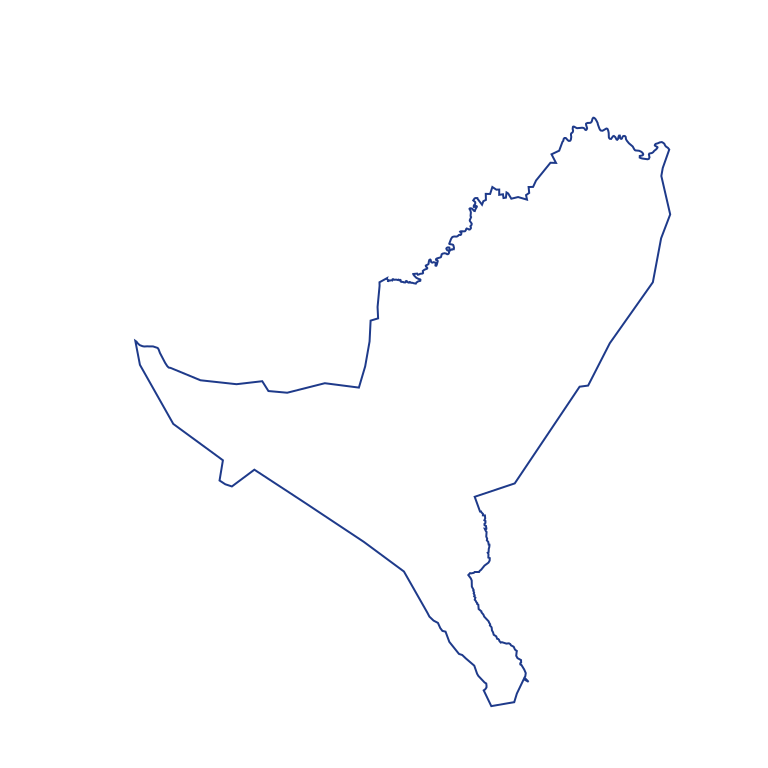 Concepción Buenavista, Puebla, Mexico, rotated 10°
{"feature_id": "50627088B88871984884720", "entity_name": "Concepción Buenavista", "entity_type": "district", "adm_level": 2, "iso_a3": "MEX", "parent_name": "Mexico", "parent_adm1": "Puebla", "projection": "orthographic", "projection_center": [-97.427, 17.984], "detail": "fine", "context": "isolated", "style": "outline", "palette": "blue", "viewbox_px": 768, "rotation_deg": 10, "n_neighbors": 0, "source": "geoboundaries", "source_scale": "gbopen_adm2", "svg_char_len": 6117}
<svg xmlns="http://www.w3.org/2000/svg" viewBox="0 0 768 768"><g transform="rotate(10 384 384)"><path d="M252.0,511.3L271.2,490.9L325.1,514.0L391.6,543.0L436.2,565.2L466.5,601.8L469.1,605.2L473.9,608.4L478.6,609.9L481.8,614.6L484.4,617.0L487.6,617.2L493.1,626.6L504.7,636.8L508.1,637.3L512.0,639.9L521.8,645.7L526.0,653.2L527.6,655.1L534.9,660.5L536.7,661.2L537.4,663.5L537.6,665.1L536.7,667.1L535.4,668.4L545.6,682.6L567.5,674.7L568.6,665.8L572.9,650.4L578.1,652.2L573.3,648.8L573.9,647.2L573.8,644.1L571.7,640.9L568.1,636.8L567.2,636.7L566.8,636.2L566.7,635.3L567.4,634.5L566.9,632.1L563.1,630.8L561.4,628.7L561.1,624.3L561.2,623.9L559.1,622.8L557.3,620.2L554.4,619.3L553.5,618.2L552.0,617.7L549.6,618.4L544.9,617.8L543.9,618.4L542.4,617.2L541.7,616.0L540.8,615.3L539.7,615.3L538.3,613.0L535.6,611.9L534.5,609.6L533.1,607.9L532.4,605.4L531.8,604.5L530.2,603.4L530.3,602.2L528.8,600.6L528.3,599.6L523.1,595.7L521.9,593.8L519.7,592.0L519.4,591.0L516.3,589.2L515.2,585.0L513.8,584.3L513.8,583.5L512.6,582.6L511.9,581.5L510.8,580.7L511.1,578.5L509.6,577.4L510.0,576.3L508.7,574.7L509.0,573.9L507.8,572.0L508.1,571.4L505.7,568.3L504.5,562.3L503.3,560.4L500.2,557.5L501.6,555.3L502.6,555.4L505.2,554.4L505.9,553.4L510.3,552.6L510.7,551.4L511.9,550.1L514.5,545.4L517.9,541.8L518.7,539.6L518.4,537.1L516.9,536.8L516.4,533.3L515.4,532.2L516.2,531.4L515.8,528.2L516.0,526.4L515.9,524.7L515.7,523.9L515.0,524.0L514.0,521.3L512.4,520.1L512.5,518.5L511.2,516.5L510.7,511.9L509.8,511.1L508.3,509.0L509.9,508.9L509.9,508.4L509.0,506.0L507.6,505.7L507.2,504.4L508.0,503.2L507.7,501.3L506.5,500.8L507.0,498.8L506.2,495.9L504.2,496.2L504.0,494.7L502.1,493.4L501.7,492.7L500.7,492.9L492.9,479.3L530.0,459.2L577.1,352.7L585.3,350.1L599.3,304.6L631.1,237.1L631.6,192.4L636.4,167.3L621.0,131.0L621.0,122.9L624.2,103.6L622.7,102.2L620.3,101.1L619.2,100.0L618.4,98.8L617.3,98.1L615.6,97.5L613.6,98.2L612.0,99.3L609.8,100.4L609.3,101.3L609.2,101.9L609.4,102.2L612.1,103.2L612.3,103.7L611.4,105.5L609.6,107.5L608.8,109.0L607.7,110.0L605.3,111.0L605.0,111.9L605.2,112.4L606.1,114.7L605.7,116.3L604.6,116.9L599.2,117.1L597.5,116.9L596.5,116.6L596.3,115.0L598.6,114.1L599.2,113.6L599.4,112.7L598.9,111.9L597.6,110.9L596.4,110.4L594.6,110.0L591.1,110.3L590.5,110.1L589.6,109.3L587.7,106.9L583.4,104.4L581.0,102.3L579.8,100.9L579.1,98.7L578.4,98.1L577.3,98.0L576.4,98.5L575.9,99.5L575.7,100.9L575.1,101.4L574.5,101.3L573.8,100.7L573.1,98.4L572.4,98.5L572.1,99.2L571.9,102.0L571.3,103.0L570.6,102.9L568.9,100.7L567.3,99.8L566.4,100.4L565.1,103.2L563.8,103.3L563.1,102.8L562.6,102.0L561.7,97.8L560.8,95.5L559.7,93.9L558.6,93.8L555.7,96.3L555.0,96.7L553.4,96.7L552.7,96.2L551.8,95.1L549.6,91.3L549.0,89.8L547.6,87.9L546.0,86.1L544.7,85.4L543.9,85.4L543.3,86.4L543.0,89.5L542.3,90.6L541.7,91.0L539.0,91.6L537.8,92.5L538.0,93.7L539.6,96.8L539.4,98.1L538.8,98.8L538.1,98.7L537.1,97.7L536.2,97.2L534.7,97.2L529.9,98.5L529.3,98.5L526.3,97.5L525.6,97.7L525.4,98.0L525.5,100.1L526.2,101.6L526.2,102.7L526.0,103.4L524.8,104.8L524.8,106.0L525.5,108.1L525.6,110.4L525.3,111.8L524.8,112.3L523.8,112.5L522.8,112.1L520.3,110.2L519.0,110.4L518.4,111.4L518.3,113.5L517.7,114.5L516.0,123.8L509.1,128.7L515.0,136.4L509.5,137.2L498.4,157.2L496.6,164.0L492.2,164.9L493.8,170.6L491.1,173.3L492.8,177.6L483.6,176.6L477.2,179.4L473.2,174.8L471.4,174.1L471.7,179.3L469.4,180.1L468.2,176.5L464.6,177.7L463.7,172.5L460.9,173.1L456.5,171.2L455.5,178.4L451.2,179.1L452.4,185.0L450.1,186.7L449.4,190.4L444.0,185.4L443.7,184.7L442.1,184.9L441.0,185.5L440.0,187.7L442.2,189.0L442.5,190.0L442.5,190.7L441.5,192.6L441.6,193.9L441.8,194.1L442.5,193.8L442.7,193.3L443.4,192.6L444.5,192.9L444.7,193.3L443.6,196.4L443.4,197.9L442.7,197.9L440.4,196.1L439.5,195.9L438.3,196.0L437.8,196.5L438.1,197.3L438.9,197.9L439.8,200.1L440.0,203.0L440.2,203.8L440.8,204.5L440.0,207.8L440.3,208.6L442.5,210.8L442.6,211.4L442.4,212.6L441.7,213.6L442.4,214.8L442.5,215.7L441.6,217.0L440.7,217.1L439.8,216.7L438.4,216.5L438.1,216.9L437.8,218.5L437.3,219.4L436.6,219.7L433.4,220.2L432.7,220.5L432.5,220.8L432.9,221.1L434.0,221.7L434.0,223.4L433.3,224.0L432.3,224.0L431.7,224.4L431.4,225.0L430.5,225.9L429.6,226.3L427.7,226.5L426.9,226.8L425.9,227.3L425.4,228.1L424.8,229.7L423.9,234.5L424.2,234.8L427.2,234.8L427.9,235.0L428.3,235.5L429.3,237.8L429.3,239.1L428.6,239.1L428.2,239.7L427.2,239.7L425.8,241.2L425.2,241.1L424.9,238.8L424.6,238.3L424.1,238.2L422.8,238.5L422.1,239.1L421.9,240.0L423.0,241.3L424.4,241.4L424.9,241.8L424.9,242.5L425.3,243.5L425.1,244.0L424.9,244.6L424.3,245.1L423.6,245.2L422.8,244.8L421.0,244.7L419.2,245.4L418.3,246.2L418.1,248.9L417.8,249.4L414.4,251.1L413.7,251.7L413.6,252.6L414.0,252.9L415.1,253.0L415.6,253.6L415.3,257.1L415.0,258.4L414.2,258.5L414.0,258.2L414.2,255.9L414.0,255.6L411.7,255.4L410.5,256.1L409.9,256.0L409.3,255.7L408.4,253.7L407.8,253.4L407.1,254.0L406.9,255.6L407.0,258.0L406.8,258.4L404.6,260.1L404.9,261.0L406.3,261.9L406.5,262.7L406.2,263.1L404.0,264.4L402.6,265.9L403.2,267.9L402.8,268.5L400.5,269.2L399.6,269.9L398.4,270.5L397.5,269.5L393.7,270.6L393.8,270.9L394.9,272.0L397.4,273.8L399.7,274.5L401.5,274.7L401.8,275.0L401.8,276.1L399.8,277.0L398.3,278.5L397.9,279.6L395.8,279.6L394.4,279.4L393.4,279.6L392.7,279.4L391.9,279.7L391.7,279.6L391.6,279.1L391.4,279.1L390.4,279.9L389.1,279.4L388.7,278.8L388.0,278.7L387.7,279.0L388.0,279.5L387.8,279.8L387.3,280.3L386.0,280.5L385.2,280.2L383.2,280.4L382.6,280.0L382.4,278.9L382.1,278.7L381.6,279.1L381.1,279.2L380.8,278.8L380.1,278.7L379.6,279.2L377.8,279.1L375.9,279.6L375.0,279.2L374.5,279.3L374.6,279.8L374.2,280.5L373.9,280.3L372.1,281.0L371.5,281.0L370.5,281.9L370.1,281.9L370.1,281.3L369.9,280.8L368.4,280.0L368.5,279.3L361.9,284.6L362.6,288.1L364.3,309.3L366.8,320.4L359.8,323.9L362.4,344.6L362.4,369.9L359.9,391.9L325.6,393.5L290.2,409.4L271.4,411.0L263.6,402.4L238.8,409.8L202.6,412.2L170.9,405.2L169.1,405.2L167.4,404.0L164.8,401.2L158.0,392.4L156.0,389.0L154.8,387.8L150.1,387.1L143.9,388.1L141.4,388.7L139.6,388.7L136.6,388.1L134.4,386.7L132.9,385.3L131.6,384.7L140.3,407.5L183.4,459.9L238.6,487.1L238.8,507.6L245.1,510.3L252.0,511.3Z" fill="none" stroke="#1e3a8a" stroke-width="2"/></g></svg>